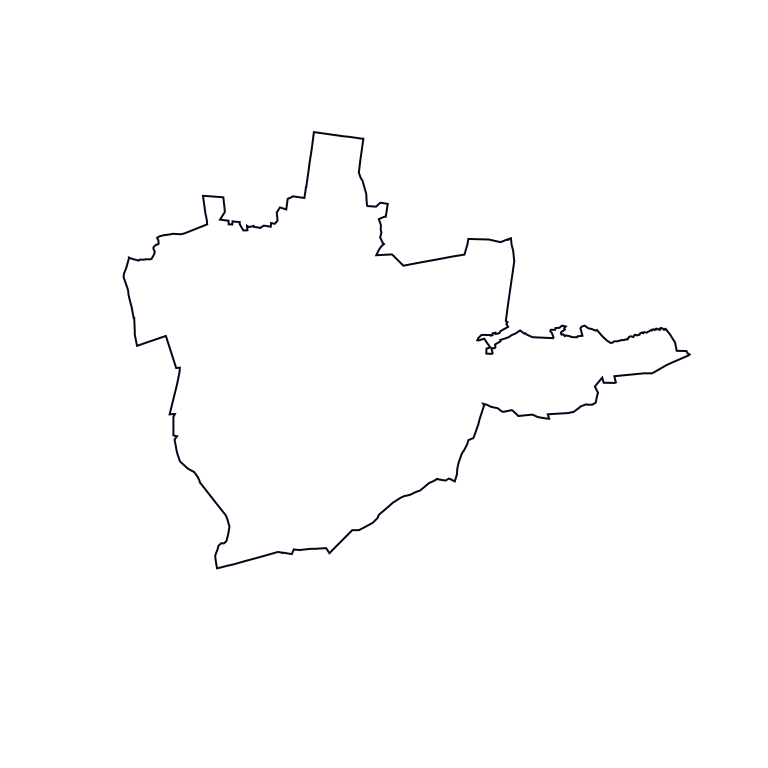 the district of Zasas pag., Jekabpils, Latvia, rotated 198°
{"feature_id": "27541924B5500268657762", "entity_name": "Zasas pag.", "entity_type": "district", "adm_level": 2, "iso_a3": "LVA", "parent_name": "Latvia", "parent_adm1": "Jekabpils", "projection": "mercator", "projection_center": [25.994, 56.276], "detail": "fine", "context": "isolated", "style": "outline", "palette": "ink", "viewbox_px": 768, "rotation_deg": 198, "n_neighbors": 0, "source": "geoboundaries", "source_scale": "gbopen_adm2", "svg_char_len": 6070}
<svg xmlns="http://www.w3.org/2000/svg" viewBox="0 0 768 768"><g transform="rotate(198 384 384)"><path d="M132.0,522.7L132.4,522.6L132.7,523.1L133.2,523.5L133.4,523.5L133.9,523.1L134.5,522.1L135.4,522.6L136.6,523.0L137.2,522.9L137.6,522.7L138.3,522.7L138.5,522.4L138.1,521.3L138.1,521.0L138.4,520.6L139.7,521.0L140.5,520.8L140.9,520.4L141.4,520.3L141.6,520.7L141.8,520.9L142.1,520.9L142.6,520.5L142.9,519.8L143.1,519.0L143.5,519.0L143.8,519.2L144.4,519.2L145.0,519.1L145.4,518.9L145.7,518.6L145.6,518.1L145.7,517.7L145.9,517.6L146.3,517.7L146.8,517.6L147.9,516.3L149.4,515.0L149.7,514.3L150.1,514.1L152.8,513.6L153.0,513.2L152.9,512.9L153.0,512.7L153.2,512.4L154.0,512.6L154.4,512.8L154.8,512.6L155.3,511.9L155.7,511.7L156.0,511.4L155.9,510.8L156.3,509.8L156.8,509.4L157.1,509.5L157.3,509.4L158.0,508.8L158.1,508.5L158.4,508.4L159.4,508.5L160.6,508.4L160.8,508.2L161.2,507.1L161.1,506.7L161.4,505.7L162.2,505.7L162.3,505.8L164.1,505.6L165.2,504.8L165.6,504.2L166.1,501.7L166.3,501.5L167.0,501.7L169.7,499.7L171.1,499.5L175.1,496.8L178.3,495.7L179.4,494.0L180.7,493.2L181.8,493.2L183.4,493.8L184.1,493.8L185.4,494.2L191.0,496.8L198.2,501.2L198.9,500.2L203.7,500.5L206.7,500.1L211.3,501.5L213.9,499.5L214.4,497.7L210.2,491.2L214.6,489.2L214.8,488.2L219.8,486.6L222.9,486.9L224.3,486.5L226.0,486.5L226.8,485.4L229.0,486.7L230.3,485.8L231.5,486.8L231.5,488.1L228.8,491.6L229.9,492.8L229.0,494.9L232.6,494.6L232.7,494.1L233.7,493.2L234.4,491.7L238.2,490.2L238.0,488.5L238.6,488.2L242.1,487.1L242.2,485.6L240.2,484.5L237.3,480.9L237.2,479.9L257.2,474.4L263.6,475.1L265.3,475.9L266.1,475.2L271.1,477.0L274.9,472.3L278.1,469.6L279.2,467.7L282.5,465.0L287.1,461.8L286.4,460.6L290.6,455.9L289.4,453.6L289.9,452.2L292.9,451.3L290.2,446.9L290.5,446.1L296.0,444.5L296.5,445.7L297.3,449.1L297.4,449.4L295.4,450.7L294.3,451.6L302.5,457.9L302.7,458.0L303.2,457.7L307.4,454.7L308.8,454.4L308.6,456.2L308.4,457.1L306.5,460.7L306.2,460.9L297.8,463.5L297.5,463.0L295.8,463.9L296.4,465.7L293.9,467.2L293.4,466.0L290.1,467.9L289.5,470.4L283.6,476.7L286.2,478.8L285.6,481.0L287.6,481.5L290.4,496.7L298.0,540.8L302.2,550.4L305.9,556.3L308.3,561.8L310.5,560.2L310.3,559.6L311.0,559.2L311.9,559.2L317.0,554.9L329.0,553.8L348.6,548.0L347.8,542.2L347.5,531.9L357.5,526.8L361.4,524.7L370.6,519.6L386.1,511.3L402.1,502.5L415.1,509.1L416.6,509.7L419.1,508.7L431.1,504.1L430.6,508.1L430.1,511.0L428.8,514.8L427.3,517.0L427.7,517.1L428.2,517.5L429.0,517.9L429.0,518.1L431.1,520.3L432.9,522.0L433.2,526.4L433.3,527.2L434.7,529.5L436.1,534.3L439.9,539.2L435.3,543.2L434.0,543.6L436.1,556.5L443.5,555.3L446.4,550.2L454.8,548.1L455.5,548.9L457.3,553.2L459.6,559.3L467.5,571.0L469.0,572.0L470.1,573.1L473.4,577.4L473.3,577.6L475.5,588.6L478.4,605.2L479.4,610.9L481.8,610.3L484.9,609.8L494.6,608.1L498.9,607.1L528.5,601.9L525.3,584.9L522.8,569.3L522.7,569.3L518.8,547.3L519.1,547.2L518.6,544.9L517.2,536.3L528.7,534.3L528.7,534.0L532.8,530.3L530.9,519.8L537.5,519.8L539.0,513.9L536.8,509.1L535.8,506.2L537.4,502.6L541.1,502.2L540.3,498.6L547.2,497.5L548.5,496.0L549.9,494.1L551.2,494.1L556.3,493.2L556.8,494.1L560.9,491.5L563.1,492.1L561.4,488.0L562.8,487.4L565.3,486.6L570.8,491.6L571.1,493.3L578.3,491.9L577.6,488.8L581.1,487.9L582.3,491.2L590.8,489.7L588.5,498.3L590.1,502.2L594.5,511.9L607.3,508.8L614.3,507.0L606.8,491.5L603.3,485.4L601.5,481.2L619.9,465.9L622.4,464.2L624.0,463.5L631.6,461.5L633.4,460.3L639.9,457.2L643.2,455.0L645.0,452.9L643.0,451.0L641.7,447.8L641.9,447.2L642.0,447.0L643.8,446.0L644.2,445.4L645.4,443.0L645.4,442.5L644.9,441.2L644.6,440.7L643.0,439.2L642.9,438.3L642.7,436.6L642.7,436.4L643.7,431.3L643.8,431.1L644.5,430.5L649.1,429.0L650.9,428.0L655.0,426.7L655.5,425.5L662.7,425.2L665.6,425.4L665.4,425.0L665.0,414.1L665.4,408.7L664.7,405.2L657.6,395.8L656.0,393.4L654.7,390.2L652.0,385.7L647.4,378.5L642.5,369.4L642.0,369.7L637.2,356.8L636.3,354.0L630.7,344.0L606.3,362.3L586.6,335.0L583.2,336.4L582.2,332.6L581.2,324.1L580.7,319.4L578.5,288.9L573.6,290.9L574.1,287.5L571.0,278.2L568.5,270.2L566.7,270.1L564.7,270.4L566.0,266.3L565.8,265.9L563.0,261.0L560.9,256.9L558.6,253.3L554.5,247.8L554.0,247.4L553.0,246.8L544.6,243.0L543.5,242.7L537.4,241.6L537.0,241.4L532.4,238.0L529.9,235.4L529.6,234.9L529.3,234.6L528.7,233.5L498.3,213.1L495.5,211.3L493.8,210.1L491.5,207.4L486.9,200.6L485.9,194.1L485.7,192.4L485.5,188.9L485.4,187.2L485.3,186.0L485.4,185.7L486.0,184.6L486.8,183.2L487.1,182.9L487.7,182.7L489.5,182.4L490.5,180.7L491.4,178.9L491.5,178.6L491.5,178.1L491.3,177.6L491.2,176.7L491.2,176.0L491.5,168.7L490.7,166.6L488.2,161.5L485.8,157.1L484.1,158.1L475.8,163.4L474.7,163.9L471.0,166.2L460.9,173.0L450.4,179.8L433.1,191.4L432.2,191.6L428.8,192.1L428.2,191.9L427.9,192.4L419.2,193.7L418.6,198.9L417.8,198.8L412.5,200.2L412.2,200.2L412.1,200.4L406.6,202.9L401.0,205.3L399.8,205.5L388.3,210.0L383.6,206.2L381.4,210.7L369.0,235.2L364.3,236.7L362.5,237.4L351.8,248.5L348.7,254.6L348.5,258.0L345.3,263.1L338.9,273.8L333.2,280.8L329.9,283.8L327.3,285.2L324.7,286.9L320.5,291.0L316.8,293.8L310.4,303.9L307.4,306.5L304.9,309.1L304.7,309.5L304.8,309.6L304.7,309.8L304.2,310.2L303.7,310.3L302.7,310.1L295.6,311.2L295.3,311.5L293.2,314.0L291.9,314.1L286.6,313.2L286.7,320.7L287.0,321.7L288.1,326.0L288.7,331.3L288.7,334.4L288.5,341.8L287.3,346.1L286.3,352.2L286.3,355.4L286.4,356.7L282.4,360.1L282.2,360.9L281.8,374.4L282.2,379.8L282.2,394.2L282.1,394.3L283.6,395.9L281.7,395.9L279.7,396.1L275.7,395.4L271.9,395.7L268.5,396.1L267.5,395.8L264.2,394.5L262.1,394.3L254.6,398.5L254.0,398.6L253.5,398.5L246.3,395.1L246.0,395.2L234.0,400.5L233.0,400.7L227.4,400.1L218.6,401.4L216.2,402.0L218.9,405.8L199.1,413.6L198.3,414.3L195.1,416.0L190.8,422.0L190.2,423.3L185.5,427.1L183.6,427.3L179.6,428.6L177.0,431.5L176.9,431.6L176.9,431.8L177.6,437.7L177.8,441.8L182.7,446.8L178.4,457.5L175.5,453.1L164.9,456.3L163.9,457.2L165.3,459.2L167.3,462.6L139.8,474.6L132.6,476.9L131.7,477.6L121.2,489.2L116.6,493.5L104.3,504.3L102.7,505.9L102.4,506.5L102.9,506.7L104.4,506.9L104.7,507.0L106.6,508.8L115.9,506.0L119.9,513.3L127.3,519.5L132.0,522.7Z" fill="none" stroke="#020617" stroke-width="2"/></g></svg>